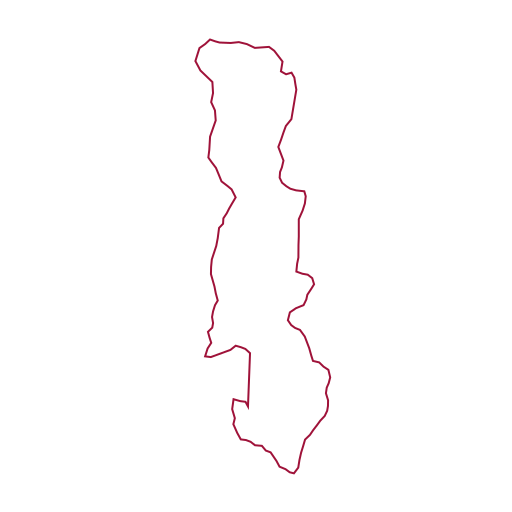 São José de Princesa, Paraíba, Brazil (Robinson projection), rotated 174°
{"feature_id": "56859067B76950008134972", "entity_name": "São José de Princesa", "entity_type": "district", "adm_level": 2, "iso_a3": "BRA", "parent_name": "Brazil", "parent_adm1": "Paraíba", "projection": "robinson", "projection_center": [-38.097, -7.7], "detail": "fine", "context": "isolated", "style": "outline", "palette": "rose", "viewbox_px": 512, "rotation_deg": 174, "n_neighbors": 0, "source": "geoboundaries", "source_scale": "gbopen_adm2", "svg_char_len": 1926}
<svg xmlns="http://www.w3.org/2000/svg" viewBox="0 0 512 512"><g transform="rotate(174 256 256)"><path d="M236.1,41.1L234.1,48.6L231.7,55.7L229.2,61.5L226.4,68.3L221.0,72.5L217.3,76.9L213.0,81.4L209.3,85.5L204.4,89.7L201.4,94.6L200.1,99.3L199.4,105.0L200.8,112.2L199.4,117.7L197.0,121.9L194.9,127.5L195.9,135.2L200.4,138.9L204.3,143.6L210.3,145.7L211.4,151.0L212.7,158.7L215.9,170.8L220.0,177.9L224.7,180.4L228.2,183.6L231.0,188.8L228.2,196.4L221.7,199.9L213.8,202.2L210.5,207.5L209.0,212.1L204.7,217.3L201.2,221.8L202.4,228.1L206.5,232.0L211.7,233.5L217.5,236.3L215.9,244.0L214.0,250.0L212.6,262.5L211.4,270.9L210.6,278.6L209.6,288.1L204.9,296.3L201.9,303.1L200.3,310.2L201.2,315.3L209.3,317.1L214.8,319.3L218.5,322.2L222.4,326.1L224.3,331.4L223.3,337.0L221.0,341.4L218.7,348.0L220.8,356.0L222.4,362.1L218.9,369.1L215.7,376.1L212.7,382.2L206.5,388.4L198.5,417.2L198.9,423.0L199.2,429.4L201.5,434.6L207.1,433.6L211.9,437.0L209.3,446.6L216.4,458.2L221.2,462.6L235.4,463.1L242.9,467.7L250.7,470.5L258.9,470.5L269.9,472.1L274.0,473.7L279.1,476.1L284.4,472.1L290.5,468.7L295.9,456.2L291.9,446.3L281.2,433.6L281.7,422.5L284.5,413.7L281.6,405.1L281.9,395.0L289.2,379.5L291.4,366.2L293.1,358.9L290.3,353.9L286.6,347.8L284.7,341.4L282.5,333.8L276.8,328.4L273.3,324.8L270.1,316.4L274.5,310.5L277.7,306.1L280.6,301.6L284.5,296.9L285.4,291.5L289.8,287.8L292.2,277.7L294.5,270.1L300.3,257.2L301.8,249.8L302.7,242.7L300.5,230.0L299.9,223.1L298.7,215.7L301.9,211.4L304.5,205.4L306.1,199.9L305.7,193.8L307.0,189.3L311.7,185.6L310.7,179.5L309.6,174.3L313.8,169.1L317.1,161.5L311.5,160.2L291.2,165.3L285.6,168.9L280.6,166.9L276.3,164.7L272.1,160.0L279.7,107.2L281.7,112.1L286.8,113.3L293.3,115.9L295.7,106.2L294.0,96.9L296.1,91.1L293.2,82.1L290.3,75.2L285.2,74.0L280.8,71.8L276.8,67.9L270.0,66.6L266.6,61.5L262.0,59.2L257.1,50.1L254.6,44.0L248.9,40.9L245.1,37.4L241.0,35.9L236.1,41.1Z" fill="none" stroke="#9f1239" stroke-width="2"/></g></svg>